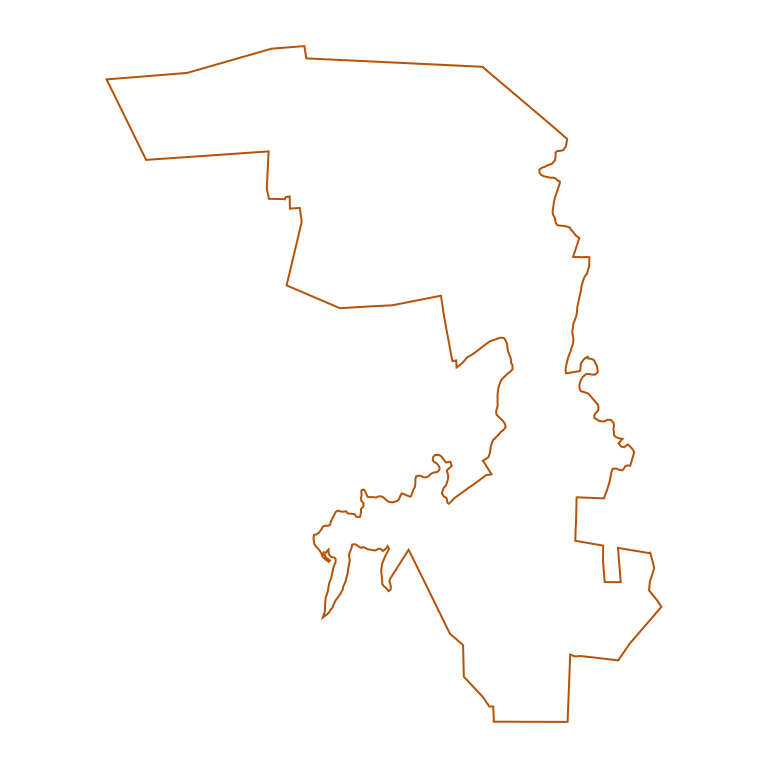 outline of San Francisco Ixhuatán, Oaxaca, Mexico
{"feature_id": "50627088B52661088255154", "entity_name": "San Francisco Ixhuatán", "entity_type": "district", "adm_level": 2, "iso_a3": "MEX", "parent_name": "Mexico", "parent_adm1": "Oaxaca", "projection": "natural_earth1", "projection_center": [-94.502, 16.336], "detail": "fine", "context": "isolated", "style": "outline", "palette": "amber", "viewbox_px": 768, "rotation_deg": 0, "n_neighbors": 0, "source": "geoboundaries", "source_scale": "gbopen_adm2", "svg_char_len": 6120}
<svg xmlns="http://www.w3.org/2000/svg" viewBox="0 0 768 768"><path d="M552.6,126.3L482.6,67.0L482.6,66.8L306.3,58.4L304.4,46.1L271.4,48.7L187.2,72.9L106.6,79.4L146.1,159.9L268.6,151.4L266.8,188.7L268.9,198.8L283.2,199.1L284.8,199.4L285.7,197.1L289.7,196.5L289.9,208.6L299.8,207.9L301.7,222.0L286.6,285.4L322.8,300.9L340.0,308.2L373.6,306.2L392.1,305.3L440.9,295.7L442.3,304.4L443.1,310.1L444.1,316.6L444.5,318.7L447.0,332.6L448.5,340.1L449.9,348.2L450.9,353.6L451.8,358.0L452.5,361.1L456.1,360.5L456.3,362.5L456.6,367.4L458.9,365.8L461.4,363.9L463.4,361.9L466.2,358.5L467.8,356.9L470.6,355.5L473.7,353.5L475.8,351.9L478.3,350.1L480.7,348.2L482.4,346.8L484.0,345.6L487.7,342.9L490.0,341.3L493.1,340.2L495.4,339.4L500.5,337.6L503.9,338.1L504.2,338.3L505.3,339.9L506.4,342.3L507.2,345.0L507.4,347.6L507.9,350.9L508.8,353.6L510.4,357.2L511.2,360.8L511.0,362.7L512.4,365.0L512.6,369.1L510.8,371.2L508.1,373.3L503.1,377.9L501.7,379.5L500.7,381.2L499.3,384.8L498.6,387.3L498.0,390.3L497.5,395.6L497.6,398.4L497.6,405.9L496.3,410.6L496.2,412.8L496.6,414.7L498.8,417.0L501.5,419.6L503.4,421.5L504.8,423.6L505.7,427.1L503.2,430.2L500.8,431.9L499.0,434.3L493.0,440.2L491.6,443.6L490.7,447.0L490.2,450.6L489.9,453.3L488.1,457.5L484.9,459.6L482.8,460.7L484.3,462.6L486.0,465.5L488.9,470.1L491.5,474.2L485.8,475.4L474.6,483.7L472.6,485.1L470.7,486.4L469.6,487.1L463.8,491.3L459.5,494.5L455.1,497.5L450.6,502.1L448.9,503.7L447.3,502.7L447.1,500.1L446.3,497.6L444.1,496.8L441.8,493.3L442.9,490.1L443.8,487.7L445.9,485.6L447.4,481.3L448.1,478.1L448.3,476.1L447.3,472.4L446.8,470.6L448.3,468.9L451.7,466.1L450.3,461.7L446.0,462.5L441.2,456.3L438.7,454.9L435.1,455.0L433.2,457.0L432.7,460.0L434.2,462.2L436.6,463.2L439.1,466.5L439.7,468.5L438.7,470.7L437.2,472.0L433.0,472.7L430.5,474.2L428.5,476.3L426.0,477.3L423.7,477.3L421.1,476.1L418.9,475.6L416.3,476.2L415.3,479.5L415.4,482.9L415.0,486.7L413.8,489.0L412.8,491.0L411.2,496.0L410.1,496.7L407.2,495.6L405.0,494.5L401.8,493.4L400.3,495.9L399.1,499.1L397.1,501.0L392.5,502.4L388.5,501.8L382.8,497.0L381.0,496.4L378.6,496.3L376.3,497.5L374.6,497.4L372.8,497.1L370.3,497.1L367.7,496.9L365.9,493.2L365.0,491.0L363.6,489.5L361.3,490.5L361.6,496.0L360.8,498.2L361.5,501.0L363.6,503.4L363.5,506.3L361.0,509.0L360.9,512.5L360.1,516.7L358.3,517.1L355.8,516.4L354.7,514.2L353.0,513.9L348.8,513.6L347.1,512.9L346.2,511.3L343.6,511.7L341.8,511.7L337.7,510.6L335.7,512.0L332.4,518.6L331.2,520.8L330.0,524.8L327.7,526.0L325.7,525.6L323.0,526.5L321.0,529.9L318.9,532.6L316.3,534.4L314.0,534.9L313.5,538.5L313.8,540.6L314.5,544.5L316.4,547.1L318.6,549.2L320.2,551.4L321.7,554.2L322.4,556.3L324.5,558.6L326.1,560.0L328.7,561.8L330.0,560.5L328.0,559.0L325.9,557.5L324.9,555.1L322.7,554.2L323.8,552.2L326.0,552.8L327.2,550.9L328.6,549.5L328.7,554.1L331.3,557.1L334.1,557.5L335.5,558.6L335.6,562.2L334.7,564.1L333.3,568.0L331.4,577.2L329.3,582.8L328.4,587.5L328.0,590.5L327.2,593.6L325.8,596.9L325.1,603.8L325.1,606.0L324.9,610.2L324.6,612.5L323.6,614.9L322.8,617.5L327.5,613.9L328.9,612.6L330.5,609.9L332.3,607.9L333.2,605.6L335.5,600.5L338.1,597.1L339.6,595.1L341.2,592.4L342.8,589.5L343.2,586.5L344.1,584.8L345.6,581.3L345.8,580.1L346.0,579.3L346.4,577.7L347.7,573.1L348.2,568.5L348.8,565.9L349.5,562.3L349.8,560.2L349.0,555.6L349.3,553.4L351.3,548.7L352.2,544.6L354.6,544.2L356.5,544.9L359.3,546.9L361.4,547.9L363.3,547.1L365.8,548.2L367.5,549.3L369.8,549.6L372.9,550.2L375.1,550.5L376.8,549.7L378.9,548.6L381.5,549.4L382.9,551.0L384.6,549.8L386.5,547.9L387.6,546.1L389.0,548.8L386.9,553.2L385.1,556.4L382.1,563.9L381.7,567.3L381.2,569.6L381.4,573.3L382.1,579.2L382.3,582.0L382.2,584.1L384.0,586.3L386.3,588.2L388.5,591.1L390.5,589.9L390.9,587.1L390.3,583.9L389.3,581.1L390.3,578.5L408.6,549.8L427.3,587.5L449.9,633.7L463.1,645.1L463.8,676.7L483.3,697.5L489.3,706.5L493.3,706.6L493.8,721.7L567.6,721.9L570.2,654.6L575.2,656.5L580.1,656.0L585.2,656.5L618.2,660.4L629.2,644.4L629.2,644.2L661.4,606.9L657.5,600.8L649.0,590.3L649.9,581.9L649.9,581.7L654.2,568.4L653.0,562.8L650.2,552.7L649.1,553.1L618.0,547.9L618.7,556.8L619.0,561.0L619.4,565.2L620.7,582.1L604.7,582.1L603.4,565.7L603.0,559.7L603.2,545.6L593.2,543.9L575.3,540.8L575.7,526.8L576.0,523.2L576.6,497.5L577.2,497.3L603.9,498.4L606.9,490.4L608.5,485.4L609.7,481.3L610.4,477.7L611.2,472.7L612.6,468.8L616.3,468.6L619.6,469.9L622.2,470.3L624.0,468.6L624.9,466.5L627.3,465.4L630.2,465.8L634.1,452.6L633.3,450.4L632.0,448.6L630.1,446.5L627.7,444.5L624.7,446.7L624.3,447.3L621.2,446.6L618.5,443.2L620.6,441.0L622.5,438.9L620.0,438.6L615.8,437.0L614.0,435.1L613.9,431.8L613.4,428.9L614.0,425.7L613.5,422.7L610.8,419.9L606.9,419.9L604.8,421.3L602.2,421.4L598.8,420.8L597.0,419.4L594.4,418.1L594.2,415.6L595.6,413.1L598.2,410.5L598.5,407.6L597.9,404.7L588.3,393.6L584.4,392.2L580.9,391.2L579.6,388.6L579.3,384.8L581.2,379.4L583.0,376.7L586.0,374.1L588.7,373.9L591.4,374.6L593.2,374.6L595.0,374.6L597.1,372.9L597.8,371.7L596.9,365.8L593.7,359.9L590.9,358.8L587.6,358.3L587.7,356.9L584.8,358.3L583.8,359.5L581.1,363.1L580.7,365.2L580.3,370.7L578.9,371.2L573.6,372.1L568.8,372.9L566.0,373.3L565.6,370.8L565.7,368.8L566.0,366.4L566.7,363.3L567.8,358.7L569.4,354.0L570.7,350.9L571.7,347.2L573.0,343.8L573.5,339.0L572.8,335.6L572.5,333.5L572.3,330.5L572.9,328.1L573.2,324.3L576.6,315.1L577.4,306.6L579.8,295.5L580.8,291.0L581.5,286.5L582.4,283.0L583.6,279.2L584.2,277.6L585.3,275.8L587.0,273.7L589.0,266.7L589.2,265.0L589.3,261.3L589.4,257.3L586.4,257.0L581.0,257.2L578.8,257.0L575.2,257.1L573.1,256.8L579.4,237.9L576.3,236.0L574.6,234.0L572.8,231.6L570.8,229.5L569.8,227.5L567.1,226.7L566.3,226.3L563.8,226.0L557.7,225.3L555.8,223.1L555.4,220.9L554.9,218.0L552.9,214.2L552.8,212.9L552.6,211.6L552.8,209.9L553.4,205.9L553.8,202.8L554.7,198.5L559.9,182.9L559.6,181.2L558.0,180.8L555.6,178.4L553.3,177.7L550.9,177.7L547.4,177.1L543.9,176.2L541.3,175.1L539.6,173.0L539.4,169.6L542.2,167.6L544.8,166.8L547.1,165.5L550.0,164.3L551.5,164.1L551.9,163.6L553.7,161.9L555.2,159.9L555.6,156.1L555.5,152.6L557.4,150.9L559.4,151.0L561.5,150.6L563.5,149.9L565.8,146.5L566.0,145.7L567.2,139.0L558.8,131.7L552.6,126.3Z" fill="none" stroke="#b45309" stroke-width="2"/></svg>